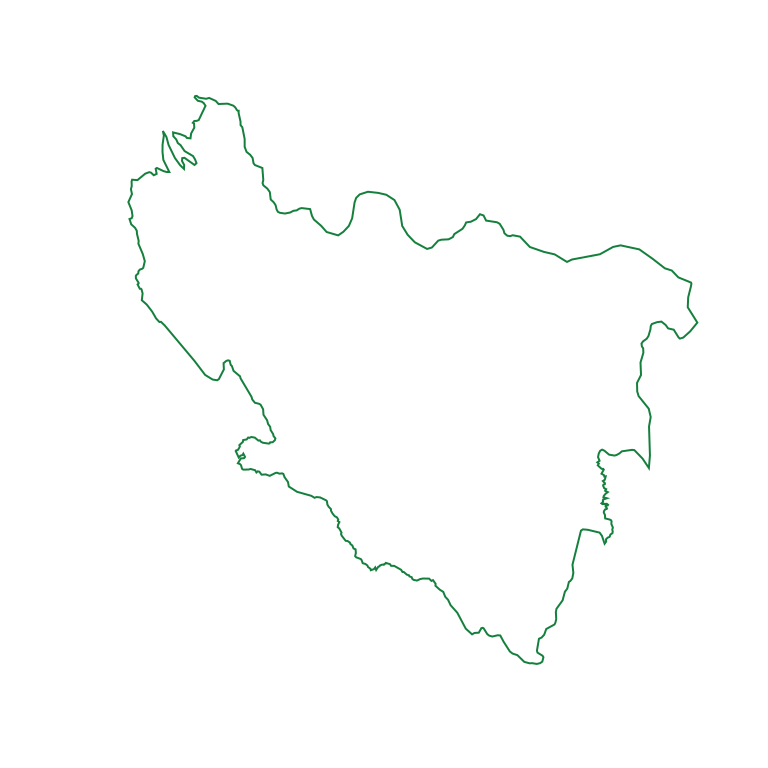 the district of Mitwaba, Katanga, Democratic Republic of the Congo, rotated 283°
{"feature_id": "63176286B64695958976401", "entity_name": "Mitwaba", "entity_type": "district", "adm_level": 2, "iso_a3": "COD", "parent_name": "Democratic Republic of the Congo", "parent_adm1": "Katanga", "projection": "mercator", "projection_center": [27.057, -9.113], "detail": "fine", "context": "isolated", "style": "outline", "palette": "green", "viewbox_px": 768, "rotation_deg": 283, "n_neighbors": 0, "source": "geoboundaries", "source_scale": "gbopen_adm2", "svg_char_len": 6157}
<svg xmlns="http://www.w3.org/2000/svg" viewBox="0 0 768 768"><g transform="rotate(283 384 384)"><path d="M163.0,532.3L168.0,533.8L168.6,535.0L168.4,536.0L163.6,540.8L162.5,543.0L162.3,546.3L164.8,551.4L165.1,553.9L159.8,558.5L151.7,566.8L150.3,569.8L149.8,575.0L144.8,583.2L144.6,588.8L145.3,591.0L145.6,595.8L147.1,598.9L149.1,600.7L153.6,600.8L154.9,599.6L156.8,594.0L158.6,593.0L170.6,592.3L172.4,594.6L175.8,596.5L181.8,597.2L188.0,604.2L190.0,604.7L193.7,604.7L200.3,602.8L203.7,602.6L213.4,606.7L222.3,607.0L225.8,608.6L232.7,608.7L234.2,610.0L237.0,611.2L242.5,611.0L250.3,608.3L285.4,608.9L287.1,610.5L287.8,615.4L287.7,627.5L285.1,630.5L278.0,634.9L280.4,635.9L282.6,635.2L284.7,636.6L285.8,638.2L288.3,638.5L290.0,640.1L291.6,640.1L293.4,639.2L295.6,639.3L298.8,637.0L301.4,636.6L302.3,635.9L302.7,634.4L302.8,629.7L306.2,628.7L308.1,627.1L309.5,626.9L311.6,627.7L312.3,629.1L313.0,629.2L314.6,627.4L315.5,627.3L316.0,629.3L316.7,629.5L317.4,628.0L316.1,623.9L316.6,622.7L318.4,624.1L319.2,623.5L320.7,623.5L322.8,626.9L323.0,623.3L324.3,623.3L326.8,624.5L329.0,626.4L329.7,623.5L331.5,624.1L332.0,622.0L334.2,620.4L335.2,620.4L336.1,621.7L337.0,621.6L338.7,619.1L340.4,620.7L343.9,620.8L343.4,619.5L344.7,618.8L345.5,616.1L350.0,617.4L350.6,616.6L350.3,615.1L352.8,610.6L354.8,611.2L355.6,609.5L357.7,611.3L360.9,609.0L364.7,608.9L367.6,609.7L369.1,611.3L368.6,613.7L365.8,619.2L366.1,624.6L367.0,626.4L369.4,629.1L371.9,630.9L375.6,640.4L375.9,642.8L369.5,652.7L361.7,661.0L374.2,659.2L402.2,651.8L411.8,651.3L419.5,647.5L429.5,634.8L433.7,632.4L442.0,630.3L450.6,632.4L462.6,629.1L472.7,629.7L477.1,628.5L478.5,626.9L481.3,625.8L483.8,626.8L487.2,629.8L490.3,630.9L497.2,631.3L500.5,630.9L502.7,631.5L505.7,636.2L507.2,640.3L504.9,645.1L502.1,648.3L502.1,654.1L495.7,660.5L494.8,662.1L496.5,665.1L504.2,670.5L514.3,675.5L527.1,662.7L536.9,660.9L547.9,661.1L550.8,661.0L551.9,660.3L554.1,646.8L559.3,638.9L559.9,631.6L566.5,617.4L572.6,602.5L572.3,583.3L569.1,576.4L559.0,565.2L547.6,539.2L544.1,534.8L548.7,521.1L548.7,510.1L550.3,495.3L558.2,483.4L557.9,475.9L556.5,473.8L556.2,470.8L558.0,467.4L561.1,465.7L566.1,460.7L567.0,457.7L566.2,446.7L570.6,443.1L571.0,439.3L565.4,436.6L561.7,432.2L559.9,427.7L556.8,427.1L552.9,425.6L545.9,418.8L542.6,418.0L539.5,414.4L537.5,407.4L535.9,404.6L527.8,400.0L525.3,395.6L529.0,382.2L534.7,373.5L542.1,366.2L557.3,360.1L565.6,352.8L568.9,343.7L568.9,335.3L567.7,325.1L563.3,317.7L559.1,315.0L554.2,314.5L538.3,315.7L530.1,314.2L523.2,310.2L518.5,305.9L519.2,293.9L524.0,287.2L528.5,278.7L531.6,276.0L537.8,272.7L536.9,264.3L535.9,262.2L533.5,259.8L532.4,256.8L530.0,254.0L527.8,249.1L527.4,244.0L527.9,241.9L529.9,240.1L533.8,238.2L536.3,235.6L538.3,232.1L545.3,229.6L548.2,226.3L550.4,221.8L552.4,220.5L555.6,220.5L567.1,216.9L568.3,209.0L569.6,207.3L574.7,205.1L577.2,202.1L579.2,197.9L583.7,194.9L591.4,193.1L602.3,188.2L604.0,186.0L607.3,185.2L615.3,181.4L617.5,180.9L617.3,180.2L617.8,179.1L620.1,176.8L621.3,174.6L622.0,168.6L619.6,159.8L622.0,156.3L623.4,149.3L621.9,146.5L621.4,139.3L622.6,136.7L622.0,135.2L620.7,135.0L618.1,138.9L618.1,143.0L617.1,145.2L614.9,147.5L599.5,144.1L598.3,142.4L597.6,140.0L595.5,139.0L595.1,140.3L591.1,141.5L584.7,139.7L579.8,140.2L579.4,136.6L580.7,134.9L581.6,129.0L581.7,121.9L578.0,123.0L575.6,126.5L572.4,128.9L571.0,132.0L566.1,137.3L563.1,146.7L560.3,149.4L557.0,151.6L554.8,150.1L559.5,138.7L558.7,136.6L555.9,137.0L552.5,140.0L548.6,140.7L551.2,136.3L557.1,129.5L568.5,120.3L575.8,116.4L580.8,111.6L576.6,113.6L567.4,114.4L560.2,116.0L552.7,118.6L542.3,127.1L541.7,124.5L541.8,121.5L543.4,114.1L542.4,113.1L537.6,115.2L535.6,112.7L537.5,109.5L537.6,107.6L535.2,104.0L527.2,97.9L526.4,92.6L524.6,92.5L520.0,93.7L516.9,93.6L512.4,95.7L503.7,94.0L496.4,99.1L491.0,101.2L488.8,100.9L487.5,98.9L482.7,101.8L480.2,106.3L477.6,108.7L474.8,109.5L468.2,112.8L465.5,113.1L456.4,119.7L449.9,123.3L443.1,123.3L442.0,122.6L440.5,120.3L438.6,119.4L436.4,119.7L434.5,118.2L433.4,117.9L431.1,118.5L427.4,122.1L426.7,122.3L425.6,121.5L421.9,124.6L422.1,125.8L421.6,126.5L418.0,128.4L411.1,129.2L408.0,135.0L402.4,141.8L396.6,147.2L393.9,151.2L394.4,152.7L391.7,157.2L363.9,194.1L352.6,207.7L349.8,216.0L350.1,220.6L351.6,222.0L362.2,224.7L368.2,223.0L371.0,225.1L372.0,226.8L371.9,228.4L368.2,230.3L367.2,231.8L362.9,234.5L359.1,242.0L357.2,243.0L341.7,257.8L339.3,259.1L336.7,262.4L336.6,266.7L336.1,268.4L332.2,271.9L326.9,273.5L322.3,278.3L319.0,280.0L316.7,282.7L313.6,283.9L310.3,287.2L308.3,288.2L306.6,290.4L304.6,290.3L302.2,288.6L301.5,286.1L300.4,285.9L300.0,285.1L299.5,279.2L300.1,277.0L301.2,275.7L300.6,274.3L302.7,270.2L302.5,266.6L301.3,265.1L301.3,263.7L299.1,262.7L297.7,259.4L295.8,259.5L291.9,256.8L290.6,257.6L288.9,257.2L286.6,256.3L286.2,255.0L285.3,254.6L279.7,259.0L281.8,260.2L282.9,262.1L284.5,262.6L281.7,265.0L280.3,264.4L279.2,261.2L273.9,259.5L273.5,261.9L272.6,263.0L269.4,264.8L268.9,266.2L270.2,271.2L271.2,273.2L271.0,277.8L269.1,279.6L270.5,280.6L270.5,282.3L268.1,285.1L269.3,289.1L268.8,293.3L273.0,298.4L273.5,299.8L273.1,302.2L274.0,304.9L273.8,306.1L270.8,308.1L266.9,312.5L262.7,314.3L259.4,323.5L258.7,338.3L257.5,341.9L258.7,343.8L259.1,347.4L257.6,353.8L256.9,354.8L253.9,355.9L252.1,357.5L250.2,360.4L248.7,360.8L246.3,362.9L244.1,365.7L243.5,368.1L241.7,369.9L240.1,369.8L239.4,371.6L236.5,370.9L234.1,371.1L233.2,372.9L229.7,376.0L228.2,375.9L226.7,376.9L222.6,381.9L222.8,383.8L221.8,386.5L220.6,387.2L219.5,389.5L216.9,391.3L216.5,393.5L213.0,394.6L209.8,394.6L208.9,395.8L208.2,400.8L207.5,401.7L204.6,403.6L204.5,406.2L203.5,408.6L202.1,409.6L200.9,412.4L199.6,413.0L201.3,415.8L203.3,416.7L201.0,418.2L204.6,419.5L205.3,420.6L206.2,420.8L207.6,422.8L207.8,424.5L208.9,424.9L209.3,426.0L210.1,426.1L209.8,430.3L208.4,431.9L209.1,434.8L206.8,442.5L205.0,444.3L205.3,445.5L203.4,449.1L203.2,451.4L202.3,452.0L202.0,454.4L200.6,455.3L199.8,456.8L199.9,460.4L202.0,463.0L203.2,465.6L204.5,471.7L202.8,474.5L203.9,475.8L201.0,479.2L199.0,479.5L196.1,484.7L194.8,488.5L190.5,491.5L188.1,495.0L183.4,498.7L177.6,506.9L164.0,518.7L159.9,526.1L161.8,528.2L163.0,532.3Z" fill="none" stroke="#15803d" stroke-width="2"/></g></svg>